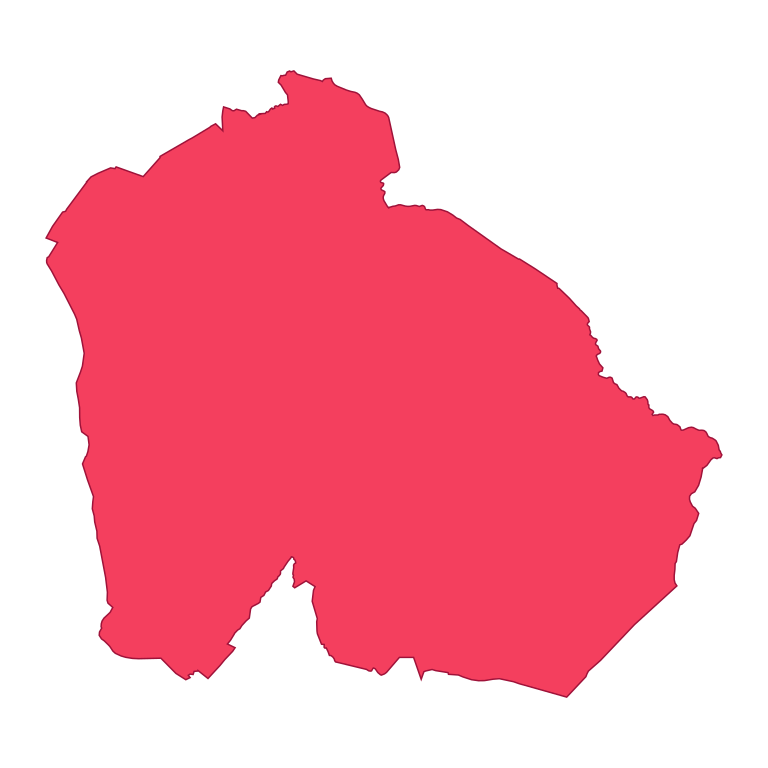 outline of Jacona, Michoacán, Mexico
{"feature_id": "50627088B36086667335144", "entity_name": "Jacona", "entity_type": "district", "adm_level": 2, "iso_a3": "MEX", "parent_name": "Mexico", "parent_adm1": "Michoacán", "projection": "mercator", "projection_center": [-102.302, 19.941], "detail": "fine", "context": "isolated", "style": "filled", "palette": "rose", "viewbox_px": 768, "rotation_deg": 0, "n_neighbors": 0, "source": "geoboundaries", "source_scale": "gbopen_adm2", "svg_char_len": 6052}
<svg xmlns="http://www.w3.org/2000/svg" viewBox="0 0 768 768"><path d="M86.6,181.8L86.9,182.0L66.6,209.3L65.6,211.3L62.6,212.1L52.5,226.4L46.1,238.0L57.6,242.5L48.7,256.8L47.2,257.6L46.6,260.4L46.7,262.5L47.2,263.9L51.6,271.0L58.9,284.9L64.0,293.4L74.5,314.0L76.7,319.2L79.3,330.7L81.4,338.0L84.2,353.3L82.4,366.2L80.5,372.0L76.3,382.9L76.8,391.3L78.3,399.2L79.6,407.7L79.7,417.6L80.3,425.3L81.7,431.8L88.0,436.4L89.1,444.8L87.9,451.6L86.4,456.1L85.5,456.8L82.5,463.9L87.5,479.8L93.5,496.6L92.8,501.9L92.3,508.8L94.2,515.9L94.7,521.9L96.9,531.2L97.1,538.3L99.7,546.2L105.6,577.4L107.4,592.2L107.1,600.3L108.0,603.2L112.8,607.4L110.1,612.4L104.0,618.1L102.1,621.0L101.3,623.7L101.1,626.8L101.7,628.1L99.5,632.0L99.2,635.3L101.5,638.9L104.2,640.8L108.5,645.0L109.8,646.4L112.9,651.1L115.3,653.3L121.2,656.0L125.7,657.3L132.5,658.4L138.8,658.7L160.9,658.2L175.9,673.4L185.8,679.7L190.1,677.6L188.3,675.3L190.1,674.1L193.1,674.5L194.1,671.4L198.1,671.0L198.1,670.6L208.0,678.5L219.9,665.6L224.9,659.5L232.6,651.4L235.1,647.7L227.4,644.0L230.4,640.4L234.2,634.2L234.5,633.4L237.6,630.1L239.9,628.7L241.9,625.5L246.2,620.8L249.3,618.1L250.6,608.9L252.1,606.6L258.3,603.4L260.0,602.1L260.8,597.4L263.9,595.4L265.6,592.0L268.4,590.5L271.3,586.1L271.6,584.0L271.9,583.3L274.6,580.7L277.1,579.0L278.0,576.6L279.1,575.8L280.3,574.2L280.5,573.4L280.5,570.9L283.4,568.6L284.1,567.1L288.0,561.3L291.1,557.6L291.4,556.8L291.9,556.8L293.3,557.5L293.7,558.0L293.9,559.3L294.7,559.8L295.4,561.1L295.7,563.0L294.4,563.7L293.6,565.1L293.7,567.7L292.9,573.1L292.9,574.3L293.5,575.1L293.0,577.3L294.2,579.2L294.5,581.8L292.9,586.3L294.7,587.8L306.1,580.9L315.1,586.6L313.5,590.3L312.2,601.3L317.3,618.6L316.7,621.7L317.0,631.1L317.4,633.8L321.5,644.2L324.2,644.5L324.1,647.2L324.5,647.8L325.0,648.1L326.3,648.0L328.0,651.5L329.4,655.4L331.1,655.6L333.0,657.2L334.2,658.9L334.7,660.7L335.5,661.9L366.5,669.4L368.7,670.8L370.3,671.1L371.5,670.9L373.1,668.2L373.7,668.0L375.3,668.9L377.9,672.6L380.5,674.8L381.4,675.1L384.5,673.9L386.5,672.4L399.4,657.4L413.6,657.4L421.2,679.3L423.9,671.7L425.6,671.0L432.1,669.5L435.6,670.6L448.1,672.6L448.5,674.3L458.4,675.0L462.9,676.9L471.5,679.7L478.6,680.7L484.5,680.6L493.1,679.2L499.4,678.7L513.5,681.7L519.2,683.7L566.7,697.1L585.9,676.7L587.0,673.8L588.4,671.1L600.6,660.3L634.5,624.6L676.9,585.9L675.0,583.0L674.2,579.7L674.2,575.4L674.9,569.4L675.1,563.5L676.4,561.6L677.7,552.6L679.8,544.8L682.0,544.1L686.3,540.0L689.9,535.8L694.0,523.6L696.5,520.5L698.7,513.4L695.2,508.2L692.5,506.2L690.3,502.0L689.5,499.3L689.6,496.2L691.4,493.7L694.8,491.8L698.6,485.3L701.1,477.0L702.7,468.4L702.5,468.2L702.9,467.9L703.2,468.2L706.9,465.4L710.9,459.8L713.0,458.0L714.2,457.7L717.0,458.6L718.5,457.8L720.5,457.6L721.9,454.9L720.8,453.1L720.3,451.4L719.1,449.8L718.3,445.3L716.1,440.9L715.0,439.9L712.3,438.2L710.2,437.6L708.6,436.7L707.9,435.9L706.8,433.4L705.7,431.7L703.9,430.5L701.9,430.2L699.0,430.3L696.2,429.1L693.4,427.6L691.4,427.2L688.5,427.7L683.2,430.1L681.5,430.2L681.0,429.9L679.9,426.8L677.8,425.1L676.8,424.5L673.7,424.0L672.3,423.1L669.9,420.4L667.8,416.6L665.2,414.8L662.9,414.2L659.2,414.3L657.8,415.0L654.7,415.0L652.9,415.5L652.1,414.3L653.6,412.2L653.3,411.3L652.5,410.5L649.6,408.8L649.2,408.2L648.8,407.3L648.9,405.0L648.5,404.9L648.0,404.0L647.8,401.4L647.3,399.8L645.2,396.9L643.9,396.7L639.8,398.2L639.1,398.2L637.8,397.1L636.5,396.9L635.8,397.2L634.6,398.8L633.9,399.0L632.9,398.9L631.9,397.5L630.9,396.9L628.2,396.9L627.1,395.9L626.1,393.5L625.3,392.6L623.3,391.3L621.8,390.9L621.0,390.3L618.9,388.2L616.9,384.6L615.1,383.9L613.5,382.6L612.1,378.1L610.7,377.3L609.8,377.2L609.0,377.3L606.8,378.3L603.0,377.2L599.3,375.7L598.4,374.7L598.5,372.6L600.1,371.5L602.0,371.1L602.9,367.8L599.5,364.0L597.6,359.9L596.7,357.1L596.3,356.6L596.4,355.4L597.7,354.3L599.7,353.4L600.4,352.5L600.6,351.8L600.5,351.0L598.6,348.7L597.9,346.2L595.8,344.7L595.5,344.0L595.7,342.7L597.1,340.3L596.8,339.4L595.5,338.6L593.6,338.2L592.2,337.1L590.7,335.3L589.8,334.8L590.4,333.4L590.6,331.9L589.5,328.8L589.5,327.2L589.1,326.6L587.5,325.1L587.3,324.4L587.7,323.2L589.2,321.6L588.5,318.8L588.0,317.7L581.1,310.6L580.2,310.1L579.5,308.9L576.1,305.8L569.5,298.4L559.2,288.5L558.5,288.2L557.7,288.3L556.9,284.9L557.0,283.5L535.6,269.1L519.5,259.0L518.7,259.2L501.0,248.9L467.7,225.2L460.2,219.5L456.5,218.0L453.0,215.2L447.4,211.8L440.8,209.6L437.5,209.4L432.6,210.1L429.8,210.1L428.7,209.7L426.1,209.8L425.4,209.0L424.7,206.9L424.1,206.3L423.7,205.9L422.2,205.4L419.3,206.5L416.2,205.5L414.6,205.4L410.1,206.3L407.9,206.4L405.4,206.1L400.6,204.8L398.6,204.8L395.2,206.0L392.8,206.3L389.6,207.3L388.7,207.3L388.9,207.8L388.7,207.9L387.5,206.6L383.9,200.6L383.3,198.6L383.2,197.0L383.6,195.6L384.8,193.4L384.9,191.8L384.2,191.2L381.4,189.8L380.9,188.8L381.0,188.1L383.3,185.5L383.7,183.8L383.4,183.2L380.8,182.4L380.4,181.6L380.4,181.0L380.7,180.4L381.9,179.4L391.1,172.5L394.6,172.6L396.4,172.0L398.8,169.7L399.7,167.4L398.3,159.4L395.7,149.5L388.7,117.6L388.0,116.1L386.9,114.7L385.1,113.1L382.5,111.9L379.7,111.3L371.5,108.6L369.1,107.5L367.0,106.2L365.6,104.7L362.3,99.2L359.3,94.8L357.2,93.2L355.0,92.3L350.7,91.4L346.3,90.0L337.3,86.3L334.8,84.8L333.3,83.1L332.0,80.9L331.2,78.2L325.3,78.7L323.3,80.1L322.3,81.5L320.6,80.6L313.6,79.0L297.2,74.2L293.9,70.9L290.9,71.8L289.6,71.0L287.2,72.0L285.6,75.2L284.1,75.3L282.3,75.8L280.9,75.6L278.7,80.0L278.3,82.3L281.1,85.1L285.5,92.5L287.5,94.9L288.2,101.3L288.2,103.7L287.0,104.2L284.2,104.4L282.6,105.4L280.5,104.3L277.9,106.5L276.0,105.9L275.2,106.1L274.4,107.0L274.7,108.2L272.6,109.0L271.9,108.0L270.5,109.0L268.5,111.8L267.4,112.0L266.6,111.7L265.3,113.4L259.2,113.8L259.0,114.0L260.0,114.3L257.4,115.2L255.0,117.6L252.3,118.1L245.7,111.3L243.5,110.7L241.7,110.7L236.5,109.2L233.9,110.8L232.2,110.6L229.9,108.9L223.6,106.9L222.8,110.9L222.1,117.0L222.8,130.8L215.6,123.8L210.9,126.3L209.7,127.4L192.1,138.0L188.7,139.8L160.0,156.4L160.0,157.7L143.2,176.6L116.1,166.9L115.0,168.6L110.6,167.9L98.0,173.3L91.0,176.9L86.6,181.8Z" fill="#f43f5e" stroke="#9f1239" stroke-width="1.5"/></svg>